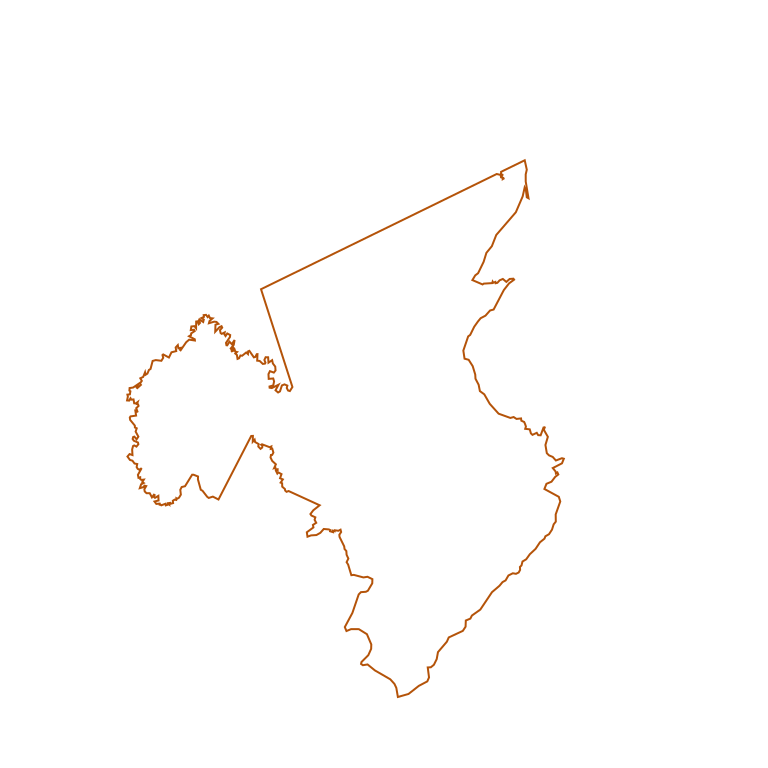 San Vicente De Chucuri, Santander, Colombia, rotated 30°
{"feature_id": "7082276B82845110848853", "entity_name": "San Vicente De Chucuri", "entity_type": "district", "adm_level": 2, "iso_a3": "COL", "parent_name": "Colombia", "parent_adm1": "Santander", "projection": "natural_earth1", "projection_center": [-73.583, 6.928], "detail": "fine", "context": "isolated", "style": "outline", "palette": "amber", "viewbox_px": 768, "rotation_deg": 30, "n_neighbors": 0, "source": "geoboundaries", "source_scale": "gbopen_adm2", "svg_char_len": 6165}
<svg xmlns="http://www.w3.org/2000/svg" viewBox="0 0 768 768"><g transform="rotate(30 384 384)"><path d="M184.1,462.8L184.5,468.6L178.0,468.8L177.7,469.7L179.7,471.7L179.6,475.2L174.4,477.4L172.1,479.7L174.3,487.7L173.4,489.4L173.9,493.3L172.9,495.2L171.2,493.3L171.9,498.3L170.1,500.9L172.7,502.4L172.4,505.7L173.9,506.3L172.4,510.9L171.5,510.7L171.2,506.9L168.5,512.5L165.7,514.7L166.8,517.0L168.0,517.1L169.1,520.0L167.1,521.5L168.5,523.0L169.7,526.7L171.6,525.8L171.6,523.1L173.0,523.9L174.8,522.6L177.3,525.6L178.8,524.9L179.7,522.8L180.1,524.9L181.2,524.6L182.4,525.7L181.5,528.8L184.9,531.7L182.5,530.7L181.8,531.2L185.1,535.3L180.7,538.8L180.6,540.1L182.1,542.0L189.0,544.6L190.0,546.2L192.0,546.0L192.7,549.4L197.6,552.4L197.4,555.6L194.1,554.4L193.3,555.3L193.8,557.3L195.7,558.2L200.2,557.7L201.4,559.0L200.9,562.0L198.4,562.1L197.7,563.2L198.6,566.6L201.7,571.3L198.7,571.9L198.1,575.1L202.0,576.8L204.5,576.2L207.7,577.6L210.3,576.7L211.3,579.6L213.1,580.6L214.9,580.6L216.2,578.1L216.3,585.7L218.3,588.0L219.5,586.7L220.4,588.2L221.8,588.4L223.8,586.9L223.7,589.8L225.4,589.9L223.8,592.3L224.6,596.3L227.3,593.5L227.4,591.8L229.1,591.3L229.1,595.0L230.5,596.7L232.9,597.3L235.7,595.7L239.7,598.2L240.1,594.9L240.9,594.9L241.1,596.9L242.6,597.1L244.5,593.7L247.0,597.6L244.0,600.5L246.8,601.7L249.4,599.8L250.4,601.4L250.3,600.1L251.8,600.4L254.6,597.0L255.7,598.2L256.9,596.9L256.5,595.8L258.2,595.9L257.1,594.8L258.3,593.8L259.1,594.4L260.9,592.6L259.5,590.7L260.5,588.8L262.0,588.3L261.3,586.8L262.2,586.9L263.3,585.0L263.4,581.4L260.5,577.5L260.3,574.4L262.8,572.0L263.2,558.5L264.4,557.8L269.2,557.1L270.6,559.7L278.2,567.2L280.2,567.2L287.3,570.1L289.2,570.3L292.1,567.1L298.4,566.8L295.0,495.4L296.4,494.5L299.2,499.6L299.8,496.9L301.4,498.7L305.4,498.7L306.4,501.0L309.5,501.9L310.3,499.9L309.6,498.3L308.0,498.0L308.5,497.2L316.6,495.9L317.6,494.5L318.4,496.8L319.5,495.8L322.5,498.7L322.6,501.3L321.6,502.0L322.5,504.4L325.6,506.5L330.5,507.6L330.9,511.7L331.7,510.7L332.9,512.1L334.5,511.0L335.0,511.9L334.0,513.3L336.4,514.9L336.7,513.4L340.3,513.3L341.1,517.6L344.1,517.2L343.8,521.1L345.4,520.9L347.2,523.8L350.7,524.5L351.7,525.7L353.5,526.1L354.9,524.4L388.9,521.2L385.9,528.7L385.3,533.4L386.9,534.2L391.2,533.8L391.8,536.3L394.7,538.1L392.9,541.6L394.6,543.5L391.3,551.0L394.1,554.5L396.5,551.6L401.0,548.6L403.3,544.7L404.3,539.7L409.0,537.5L410.5,537.4L410.9,538.5L413.9,537.8L413.0,536.6L414.9,536.2L414.5,535.3L417.9,533.9L419.2,531.9L420.9,533.6L420.7,536.9L422.0,538.7L430.7,544.5L432.3,546.6L434.9,547.5L437.0,550.6L440.4,553.0L440.7,557.0L443.2,558.3L451.3,565.9L453.3,564.4L462.9,561.8L466.1,559.2L471.5,558.8L473.5,562.5L473.4,571.1L472.2,573.0L468.1,575.8L467.3,578.9L471.1,598.1L471.6,614.1L475.0,616.7L478.1,612.7L484.8,608.9L494.3,609.2L503.2,615.9L505.3,619.8L506.0,626.7L503.5,636.0L504.1,637.9L506.3,638.1L510.0,635.1L519.4,636.6L537.1,636.6L543.0,638.5L546.6,641.0L552.5,648.1L560.2,640.2L565.1,628.0L570.2,619.9L569.7,615.6L563.6,607.6L566.2,605.9L567.6,602.2L567.2,595.9L564.8,589.2L567.3,575.7L566.8,571.1L575.7,558.4L576.0,553.4L573.1,547.9L576.1,544.0L575.9,540.6L580.2,531.2L581.6,510.3L584.9,501.0L585.7,496.3L587.5,493.3L587.5,487.6L590.2,483.5L593.2,482.4L594.9,479.9L594.8,476.9L593.2,474.5L593.8,472.4L592.7,468.5L594.8,464.7L595.4,458.5L597.7,451.0L598.2,443.1L600.3,437.7L599.9,435.2L602.0,431.6L602.3,426.1L601.1,420.7L601.6,417.3L597.9,411.1L595.4,397.6L591.8,394.3L575.4,394.7L574.6,389.2L577.9,384.9L578.7,378.8L580.2,375.2L578.4,373.9L577.6,375.5L576.4,374.0L572.2,372.4L577.8,363.7L577.1,358.8L575.2,359.3L571.1,364.3L566.6,362.8L562.6,363.3L559.6,362.5L554.3,356.1L552.3,347.8L545.6,343.9L544.8,342.0L545.3,340.7L543.9,341.9L545.3,350.1L543.1,351.2L540.7,349.9L538.0,353.8L535.9,353.3L532.9,350.4L528.7,352.2L528.2,349.9L526.4,348.3L524.4,346.8L521.3,347.1L519.9,345.3L516.2,348.0L512.8,347.8L510.4,350.2L498.1,352.4L485.5,348.3L476.0,342.8L470.6,342.2L466.3,337.3L460.6,333.7L458.3,330.2L451.9,324.2L445.2,320.7L441.1,321.8L436.0,315.4L433.1,300.7L434.1,298.4L433.5,289.3L434.1,282.9L434.8,278.7L437.7,274.1L439.1,267.3L441.7,264.7L440.8,242.7L442.0,234.3L444.5,228.6L443.4,228.1L440.3,230.2L438.9,234.4L434.4,233.6L432.3,236.4L431.6,239.7L430.3,240.9L429.4,239.9L428.1,241.6L426.9,241.0L427.3,242.5L420.2,247.2L419.6,248.5L408.6,249.8L408.7,244.3L410.1,241.0L409.2,228.4L407.1,219.2L408.5,210.7L406.7,198.8L412.3,169.3L410.3,152.2L407.6,143.6L410.3,145.6L414.3,150.9L416.3,150.9L405.5,137.8L401.9,131.6L400.5,127.0L394.0,119.9L378.9,142.3L379.5,141.9L380.3,143.8L382.7,143.4L381.3,144.4L383.1,146.1L383.3,145.9L384.4,145.9L384.9,146.3L384.4,147.2L383.8,146.0L382.0,146.5L380.5,144.6L376.6,145.8L230.1,363.4L306.2,432.4L306.0,437.2L304.2,437.6L301.8,436.1L301.1,433.7L298.0,434.1L296.3,436.3L297.6,442.4L296.5,444.3L293.2,443.7L293.0,437.4L288.9,443.6L286.8,444.4L286.1,443.4L288.8,440.6L287.5,436.7L285.3,434.6L281.6,437.2L279.0,433.2L278.8,429.9L282.9,429.2L283.3,426.5L281.1,423.3L277.5,421.8L275.2,419.3L273.3,423.3L270.3,418.8L268.1,420.0L268.4,423.0L270.7,424.8L270.7,425.9L269.0,427.2L264.8,426.2L262.5,427.2L259.5,421.4L258.9,421.8L259.0,424.9L258.0,426.0L250.8,422.6L250.0,423.7L251.2,426.1L248.9,425.6L247.0,430.5L245.4,431.1L245.6,434.2L244.6,435.5L242.1,432.4L240.0,432.0L240.7,429.8L238.9,430.3L237.9,429.3L235.4,432.4L236.5,428.2L235.1,427.7L235.0,430.5L233.5,429.9L234.3,425.2L232.6,420.6L232.3,425.6L229.0,424.6L228.9,428.9L228.2,429.2L226.6,427.4L227.1,420.3L226.3,418.5L223.0,418.6L222.8,421.7L220.8,420.7L220.2,419.0L218.4,421.7L217.1,421.6L215.0,419.4L215.7,416.1L214.4,415.2L213.1,417.0L211.7,423.1L208.4,416.9L210.5,414.7L207.9,414.0L205.8,414.9L202.0,418.9L201.4,416.6L202.7,412.9L200.3,413.9L198.1,412.4L197.8,414.2L195.3,413.1L193.4,414.5L194.5,415.9L192.9,418.2L195.7,418.3L196.4,420.7L191.8,420.4L191.9,421.5L194.1,423.1L193.7,424.9L191.1,423.0L190.1,423.8L193.4,429.7L190.9,428.7L188.4,430.5L189.7,433.9L192.4,432.0L193.6,432.8L191.7,436.6L192.4,438.1L191.3,440.1L197.8,439.9L198.5,440.9L193.1,443.0L191.8,446.7L191.0,456.5L190.3,456.4L190.6,453.7L188.1,455.9L186.0,453.4L185.3,456.5L187.6,459.4L184.1,462.8Z" fill="none" stroke="#b45309" stroke-width="2"/></g></svg>